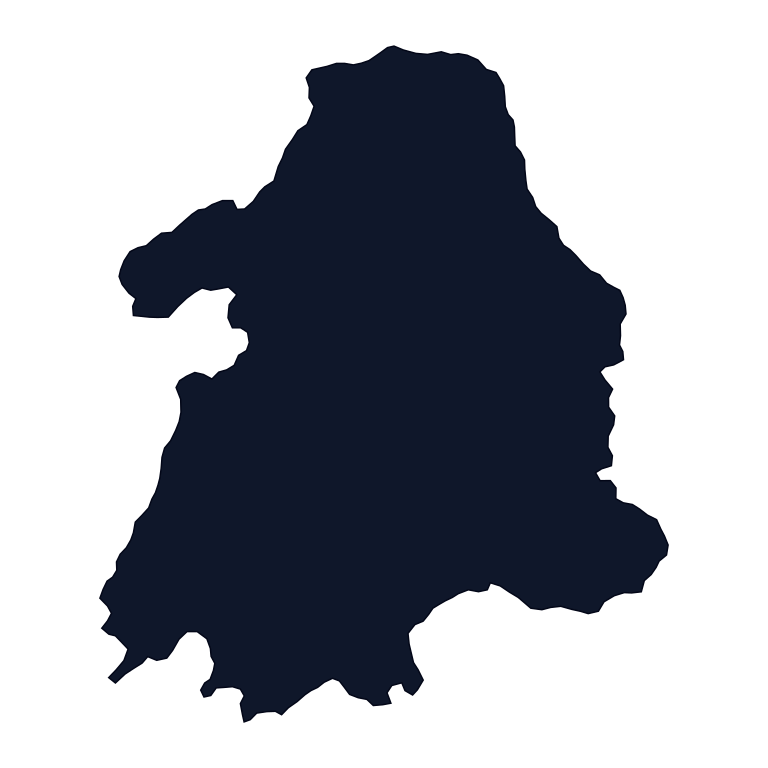 outline of Santa Rita do Itueto, Minas Gerais, Brazil
{"feature_id": "56859067B20949833690763", "entity_name": "Santa Rita do Itueto", "entity_type": "district", "adm_level": 2, "iso_a3": "BRA", "parent_name": "Brazil", "parent_adm1": "Minas Gerais", "projection": "orthographic", "projection_center": [-41.399, -19.406], "detail": "fine", "context": "isolated", "style": "filled", "palette": "ink", "viewbox_px": 768, "rotation_deg": 0, "n_neighbors": 0, "source": "geoboundaries", "source_scale": "gbopen_adm2", "svg_char_len": 3524}
<svg xmlns="http://www.w3.org/2000/svg" viewBox="0 0 768 768"><path d="M641.3,591.8L644.3,580.6L651.2,574.5L656.1,567.4L659.1,561.1L666.5,555.0L668.1,545.0L664.4,535.9L660.9,529.3L656.6,519.7L647.4,515.1L639.5,509.0L632.4,504.5L623.2,502.8L615.8,498.7L616.0,487.9L610.3,480.6L600.1,480.7L595.5,472.7L601.6,468.8L611.4,465.7L612.4,455.7L607.9,447.3L608.2,436.1L613.6,424.8L614.7,415.9L608.6,407.1L608.5,397.6L612.6,389.1L605.0,380.0L599.9,371.9L605.0,366.8L613.7,364.9L623.5,359.7L622.8,351.5L619.5,345.0L620.5,335.8L620.2,324.0L626.0,314.0L625.2,305.2L623.1,297.6L619.8,290.3L613.8,287.3L606.5,283.2L599.7,274.9L590.6,271.0L583.4,264.1L575.8,255.4L570.0,249.6L563.5,245.3L558.9,238.1L556.9,226.6L549.0,219.6L541.1,213.2L535.7,206.6L532.7,197.5L527.1,189.1L525.9,180.6L524.8,169.1L524.5,160.0L520.5,152.0L515.1,145.8L514.7,136.1L514.4,127.0L513.0,120.0L508.2,114.6L505.3,106.7L504.7,96.3L503.6,85.7L499.6,78.4L496.0,72.5L486.3,69.4L477.9,60.0L467.1,55.2L458.4,53.7L450.7,54.6L441.3,51.8L427.6,54.4L415.9,53.4L403.4,50.0L394.0,46.1L387.5,47.6L380.8,52.5L375.2,56.4L369.0,60.6L361.4,63.2L353.4,64.9L344.5,63.4L336.5,63.4L327.0,66.4L311.9,69.8L306.2,77.9L309.4,87.4L309.0,97.9L314.1,106.2L310.8,115.8L306.9,124.6L297.9,130.7L292.4,139.5L285.5,149.2L282.5,157.9L278.3,166.4L273.9,181.0L264.9,186.7L259.8,191.8L253.3,201.4L244.6,209.0L237.0,209.4L232.8,200.6L222.5,200.6L212.1,204.6L205.2,209.0L198.4,210.0L191.9,214.4L186.9,218.8L179.8,225.0L171.9,232.4L161.5,233.2L153.5,239.2L146.3,245.7L138.0,247.7L130.1,251.6L124.2,260.7L120.7,269.6L119.1,276.5L122.1,284.4L129.0,293.2L135.9,298.6L132.7,306.3L133.4,315.5L141.6,316.3L149.2,317.1L157.5,317.4L168.3,317.1L177.7,306.6L186.5,298.3L194.4,292.4L202.0,288.0L210.7,290.2L217.9,289.0L228.4,287.0L236.8,294.7L229.2,304.7L228.0,317.8L232.4,327.8L240.7,327.8L247.6,332.3L249.3,342.7L246.5,350.6L238.6,355.3L234.2,365.3L226.6,369.9L218.8,372.1L211.9,379.0L203.5,374.5L194.8,372.5L186.5,376.3L179.6,380.7L176.1,387.5L180.7,399.3L181.0,412.3L179.2,421.6L175.7,430.4L170.6,440.8L164.6,448.0L162.0,457.3L161.2,468.3L159.8,478.3L158.0,485.2L155.4,492.8L151.9,499.1L148.7,507.9L141.8,515.5L135.3,522.1L133.4,532.8L130.8,540.0L126.3,547.8L120.2,554.2L116.5,561.9L116.8,570.3L112.6,577.2L107.1,581.1L103.1,589.4L99.9,598.2L107.5,606.0L111.5,613.3L107.5,620.9L101.8,628.2L108.9,634.2L115.4,635.8L120.9,641.5L128.1,649.1L123.9,660.6L116.1,669.9L108.7,677.6L115.4,683.0L125.1,674.0L133.6,668.4L142.2,663.0L147.7,656.6L156.7,660.3L166.8,658.1L172.6,650.4L179.0,639.2L187.0,631.6L197.2,631.6L206.9,638.8L210.4,648.5L211.1,656.4L214.8,663.3L213.4,670.6L210.1,679.4L204.7,683.0L200.7,690.1L204.0,697.0L210.8,695.5L216.2,687.9L223.8,687.4L232.5,686.7L240.4,689.1L244.3,695.9L240.4,703.6L242.5,714.8L244.1,721.9L250.2,719.7L256.7,713.1L266.8,711.6L275.4,711.3L281.6,714.7L288.4,707.7L297.1,701.6L305.0,694.7L310.9,690.6L317.6,687.4L324.2,682.2L332.5,678.3L339.4,680.9L344.1,687.0L349.6,694.4L358.2,697.7L366.9,699.4L373.3,705.5L382.8,704.7L390.9,703.2L387.0,692.8L391.8,685.5L401.8,682.8L405.0,690.6L412.6,695.0L417.4,689.8L423.2,680.1L418.1,669.8L413.5,662.6L411.6,654.6L409.1,644.1L408.0,633.4L414.9,624.6L423.2,621.1L428.7,614.3L432.9,608.2L439.1,604.4L445.3,600.8L452.4,597.4L458.2,593.7L468.3,589.8L478.5,591.7L487.3,589.8L490.3,582.8L500.2,585.9L509.4,592.1L518.2,597.4L524.2,602.5L530.8,608.2L541.9,609.7L550.7,607.4L560.8,606.3L571.9,609.4L580.6,611.3L588.2,613.6L598.4,611.2L604.0,601.8L614.3,595.7L624.3,592.6L631.6,592.9L641.3,591.8Z" fill="#0f172a" stroke="#020617" stroke-width="1.5"/></svg>